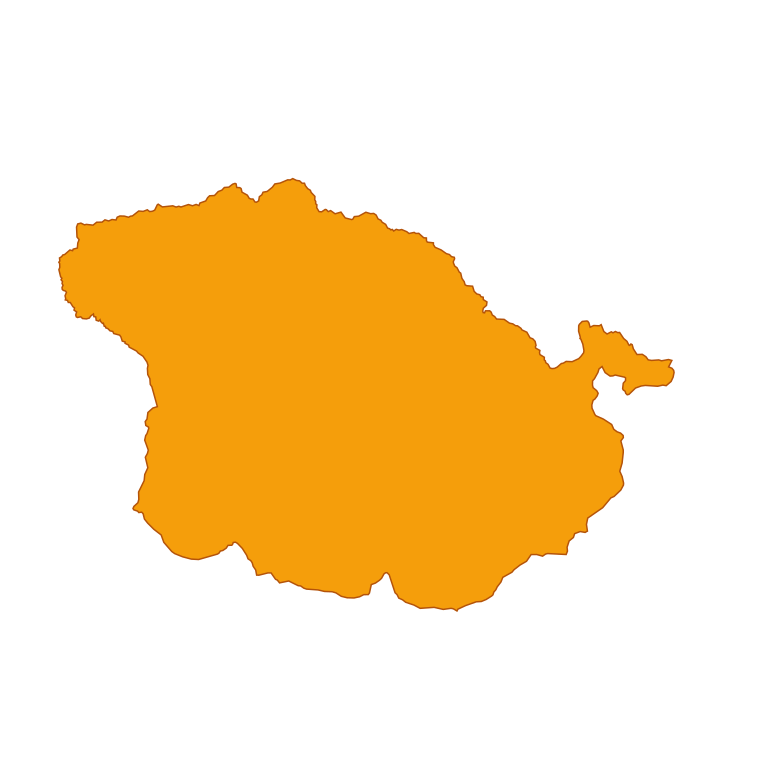 Buesaco, Nariño, Colombia, rotated 344°
{"feature_id": "7082276B67005743436838", "entity_name": "Buesaco", "entity_type": "district", "adm_level": 2, "iso_a3": "COL", "parent_name": "Colombia", "parent_adm1": "Nariño", "projection": "albers", "projection_center": [-77.119, 1.318], "detail": "fine", "context": "isolated", "style": "filled", "palette": "amber", "viewbox_px": 768, "rotation_deg": 344, "n_neighbors": 0, "source": "geoboundaries", "source_scale": "gbopen_adm2", "svg_char_len": 6171}
<svg xmlns="http://www.w3.org/2000/svg" viewBox="0 0 768 768"><g transform="rotate(344 384 384)"><path d="M230.1,154.5L219.8,152.7L216.5,148.9L215.4,149.3L211.5,153.7L208.9,154.1L206.2,153.6L204.5,151.3L200.1,151.7L195.9,150.1L188.5,153.1L186.5,152.8L184.4,153.3L180.8,151.1L176.5,149.7L173.5,150.1L171.6,152.5L167.9,150.9L164.3,151.4L161.0,149.3L157.6,150.7L152.4,149.3L148.1,151.1L141.8,148.5L140.0,148.5L137.0,145.8L133.7,145.7L131.7,148.4L129.4,158.1L130.7,161.2L128.5,164.1L126.7,168.8L122.4,168.7L121.4,170.0L119.0,168.6L112.8,171.5L110.7,171.5L109.3,172.7L106.8,173.4L106.3,176.4L105.0,177.3L105.4,178.9L104.5,182.5L103.0,184.5L102.7,191.8L103.5,193.5L102.3,194.8L103.2,196.8L102.2,198.7L102.7,200.6L101.1,202.5L100.8,204.3L101.5,205.6L103.5,206.9L104.0,208.4L101.7,211.3L101.6,214.1L100.8,215.3L102.8,216.4L103.0,218.6L104.9,219.2L106.3,224.0L107.5,225.4L106.4,227.6L108.4,230.0L106.7,232.7L106.7,234.6L107.7,235.6L111.0,235.8L112.3,238.0L115.9,239.4L118.9,239.4L120.8,237.8L124.0,236.6L123.7,239.3L125.4,240.0L124.9,243.4L127.1,244.9L128.8,243.9L128.8,245.7L130.1,248.2L131.0,248.2L131.0,251.4L132.1,251.8L132.0,253.3L133.8,254.6L135.3,257.4L137.8,258.7L138.1,261.0L143.4,264.2L144.1,266.4L144.2,270.6L146.7,272.2L146.3,273.5L149.2,276.2L149.2,278.3L155.2,284.1L156.2,286.4L160.0,290.9L162.2,297.6L162.3,301.0L160.9,303.7L159.5,309.8L160.4,314.4L159.2,320.0L160.1,322.6L159.9,343.3L155.2,343.4L149.2,346.3L146.5,352.4L144.1,354.3L143.6,358.2L145.7,360.5L145.7,361.7L142.5,366.4L140.7,367.9L138.5,372.0L139.2,382.6L137.4,385.6L134.4,388.6L133.9,399.4L129.1,405.0L126.8,410.8L118.3,420.2L116.5,427.3L114.7,430.3L109.9,432.7L108.4,434.5L108.8,436.0L112.1,438.3L112.9,440.0L115.7,440.4L116.7,442.2L116.5,447.8L118.5,452.6L122.7,460.2L128.2,467.7L128.7,475.5L133.8,486.5L136.0,489.3L142.8,494.6L150.5,499.2L157.4,501.6L177.0,501.6L178.6,501.2L180.6,499.5L183.2,499.6L187.1,498.3L189.6,496.1L193.1,497.0L194.0,496.7L195.4,494.8L197.6,495.1L199.2,496.8L202.5,503.0L204.8,510.8L205.1,514.6L207.2,517.0L208.0,519.4L208.0,523.2L209.4,527.4L208.9,532.6L211.1,533.3L220.3,533.6L223.4,534.5L225.9,541.8L227.4,543.1L228.8,546.4L238.1,547.1L245.9,554.2L248.2,555.1L250.6,558.1L253.0,559.8L263.9,563.8L269.6,567.0L276.9,569.4L280.2,571.5L284.4,576.3L289.6,579.3L296.2,581.4L301.9,581.8L306.5,580.9L310.8,582.1L312.4,580.9L316.5,573.3L320.9,573.0L325.6,571.4L328.1,570.1L331.7,566.5L333.5,565.9L334.9,566.2L336.4,568.8L337.1,587.7L338.5,590.0L339.2,593.9L342.3,596.5L344.7,599.8L351.8,604.7L356.9,609.6L370.6,612.5L378.8,617.0L386.6,618.1L388.7,619.2L391.6,622.3L393.0,620.8L401.3,619.5L412.6,618.8L417.6,619.9L422.8,619.3L429.0,617.5L430.6,616.7L432.2,614.3L434.8,612.6L436.9,610.2L441.8,606.6L444.9,602.6L455.1,600.2L457.9,598.3L464.9,595.5L472.1,593.7L478.4,588.5L483.8,590.0L489.0,593.2L492.5,592.0L494.6,592.1L512.1,598.1L514.3,595.2L515.0,591.4L518.7,585.9L523.8,583.7L526.0,580.4L531.9,579.9L536.4,582.1L539.0,581.5L539.9,574.8L542.9,569.0L560.1,563.2L570.7,556.0L574.2,555.5L582.4,551.2L586.3,547.2L587.0,545.3L587.4,538.7L586.6,532.8L591.1,525.6L595.1,515.8L595.8,513.4L596.0,504.0L599.3,501.5L599.7,499.4L597.9,496.4L594.9,494.2L592.4,490.9L591.7,485.7L585.2,478.2L578.9,472.9L578.3,471.5L577.3,464.6L578.0,461.4L580.5,457.3L582.6,456.6L585.7,454.2L587.3,451.9L586.6,449.0L584.0,445.2L584.1,442.5L585.4,438.4L587.7,437.0L592.8,431.9L594.8,428.8L598.4,427.3L599.7,434.0L603.5,438.7L606.3,439.3L608.7,439.1L617.2,443.8L617.9,444.7L617.1,447.3L614.2,449.2L612.1,454.3L612.3,455.6L613.8,457.5L613.8,459.5L614.8,461.4L616.6,461.5L624.7,457.2L630.7,456.8L634.8,457.4L646.5,461.6L651.7,461.9L654.8,463.4L660.7,460.7L663.8,457.1L666.0,452.9L666.2,450.7L665.1,448.2L662.3,446.0L667.2,440.7L664.2,438.9L657.2,438.2L654.8,436.6L647.7,435.1L644.6,433.6L643.3,430.0L640.5,426.7L635.3,425.4L633.4,419.0L633.4,414.6L632.4,413.6L630.8,414.6L630.1,414.0L629.3,409.9L626.9,406.3L624.7,399.4L622.8,399.0L620.9,397.3L618.2,397.9L616.9,396.5L612.2,397.4L609.8,394.2L609.1,386.8L607.0,387.4L601.7,385.6L597.8,386.2L597.8,381.7L597.1,379.8L596.2,379.3L591.8,378.5L588.2,380.5L587.2,381.7L585.6,386.9L585.6,393.2L584.9,394.3L585.6,395.1L586.1,400.5L585.4,407.0L584.5,409.0L580.8,411.8L578.2,413.3L571.0,414.4L565.3,412.5L562.1,413.4L560.1,413.2L555.2,415.5L552.3,416.0L549.8,415.5L548.0,414.4L547.1,410.3L545.4,408.1L545.5,406.2L544.7,405.0L545.5,402.5L542.0,398.7L542.1,396.8L543.1,394.7L539.7,391.3L539.8,389.9L540.8,388.8L541.0,384.6L539.5,381.6L537.1,379.8L535.6,373.6L531.5,370.0L531.0,368.2L528.4,364.9L526.5,364.2L524.4,361.7L521.4,360.1L517.3,355.0L510.1,352.6L509.0,349.7L507.1,347.5L506.8,344.4L505.8,342.8L501.7,341.6L500.3,343.3L499.0,342.7L499.0,341.1L500.4,338.5L504.2,336.7L505.6,333.5L502.7,330.2L503.3,327.9L501.3,326.8L500.7,324.6L498.0,323.0L496.2,319.8L496.1,314.4L490.8,312.4L489.3,311.1L489.3,307.8L488.0,303.9L488.3,298.6L487.2,297.2L486.2,292.3L484.5,290.2L484.1,286.8L484.4,285.4L486.4,283.1L486.5,281.6L484.0,280.2L482.6,277.6L479.9,275.9L475.8,270.8L470.8,266.7L469.9,263.7L470.4,261.9L464.8,259.6L464.3,258.1L465.0,255.3L462.5,254.4L459.0,248.8L456.0,248.0L454.8,246.6L449.5,246.2L447.9,243.9L443.6,240.4L440.8,240.2L438.4,238.7L435.5,239.6L434.6,237.7L433.0,237.7L432.2,236.3L430.4,235.1L429.6,231.0L426.8,228.0L426.1,225.7L423.8,223.7L423.0,219.4L421.1,217.2L418.1,216.6L413.9,213.9L405.9,215.7L401.6,214.9L399.4,217.0L398.2,217.0L392.5,213.7L390.0,206.9L383.9,206.9L380.5,202.6L377.9,202.9L376.6,200.5L375.6,200.0L371.5,201.3L369.1,200.4L367.9,196.0L368.9,193.2L368.0,191.9L368.7,189.6L368.2,187.9L369.3,184.6L366.8,179.8L366.6,177.5L364.5,175.2L363.1,171.7L362.9,169.1L360.6,168.4L358.9,165.5L355.9,164.1L352.9,161.4L350.1,162.0L347.7,161.2L339.6,162.2L334.2,161.6L330.9,164.1L324.8,166.7L320.6,166.3L318.7,168.5L315.8,169.6L314.0,173.4L311.4,174.1L310.1,173.4L309.1,170.1L307.0,169.5L305.6,168.3L304.7,164.8L300.4,160.5L300.5,156.7L299.5,155.5L296.6,154.5L297.0,150.9L296.1,150.1L293.6,150.2L289.1,152.0L284.7,151.1L281.5,153.0L277.7,153.3L273.0,156.1L268.2,155.0L265.8,156.3L263.1,158.9L256.9,159.3L255.3,161.5L252.9,159.6L249.1,159.9L245.5,157.6L237.6,157.9L235.8,156.6L232.9,156.6L230.1,154.5Z" fill="#f59e0b" stroke="#b45309" stroke-width="1.5"/></g></svg>